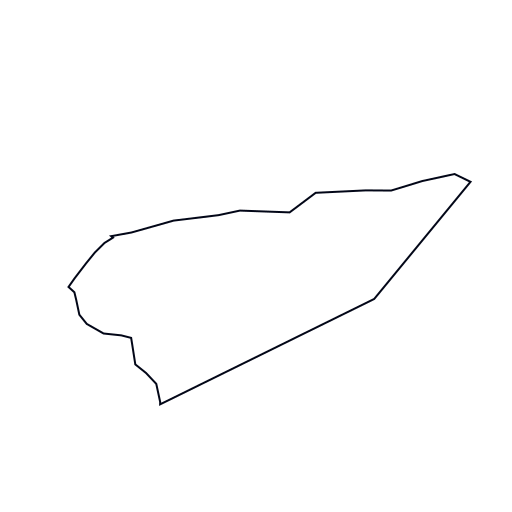 Calvary/Calvaire, Soufrière, Saint Lucia (orthographic projection), rotated 302°
{"feature_id": "8701671B5799269287632", "entity_name": "Calvary/Calvaire", "entity_type": "district", "adm_level": 2, "iso_a3": "LCA", "parent_name": "Saint Lucia", "parent_adm1": "Soufrière", "projection": "orthographic", "projection_center": [-61.057, 13.851], "detail": "fine", "context": "isolated", "style": "outline", "palette": "ink", "viewbox_px": 512, "rotation_deg": 302, "n_neighbors": 0, "source": "geoboundaries", "source_scale": "gbopen_adm2", "svg_char_len": 570}
<svg xmlns="http://www.w3.org/2000/svg" viewBox="0 0 512 512"><g transform="rotate(302 256 256)"><path d="M130.4,113.4L129.0,121.2L123.5,126.8L112.6,137.3L108.7,148.5L109.5,167.8L117.3,183.8L120.4,193.5L114.9,198.3L100.1,211.1L98.5,224.8L94.7,239.2L81.4,252.1L79.4,253.3L282.2,379.0L432.6,398.6L432.4,397.0L430.7,380.9L407.8,357.4L383.1,335.9L369.8,314.3L341.2,273.1L310.8,261.4L286.0,218.3L270.8,202.6L242.3,167.3L209.9,137.9L196.1,122.7L195.8,125.0L186.8,120.6L173.6,117.5L159.9,115.8L141.1,114.0L130.4,113.4Z" fill="none" stroke="#020617" stroke-width="2"/></g></svg>